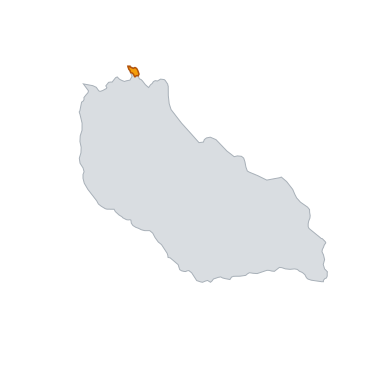 location of Sopron within Hungary, rotated 51°
{"feature_id": "HUN-4904", "entity_name": "Sopron", "entity_type": "Urban county", "adm_level": 1, "iso_a3": "HUN", "parent_name": "Hungary", "parent_adm1": "", "projection": "natural_earth1", "projection_center": [16.553, 47.692], "detail": "fine", "context": "in_parent", "style": "filled", "palette": "amber", "viewbox_px": 384, "rotation_deg": 51, "n_neighbors": 0, "source": "natural_earth", "source_scale": "10m", "svg_char_len": 3052}
<svg xmlns="http://www.w3.org/2000/svg" viewBox="0 0 384 384"><g transform="rotate(51 192 192)"><path d="M310.3,120.1L314.5,119.7L315.7,120.0L316.5,122.7L316.6,122.8L317.7,124.6L318.7,126.9L320.3,128.6L323.6,129.4L328.0,131.5L330.9,135.6L335.1,137.3L335.4,137.4L336.2,137.2L339.3,137.0L339.9,137.8L342.4,139.8L343.4,141.6L342.9,143.4L343.4,145.6L344.4,146.3L343.3,147.7L335.6,154.8L332.6,156.7L330.6,157.0L327.3,156.3L324.0,156.9L321.1,158.4L318.4,158.9L316.3,160.7L313.8,164.5L310.5,167.8L307.3,169.8L305.6,171.6L305.5,177.9L303.7,179.7L301.3,181.5L300.0,183.1L296.4,192.7L293.6,195.7L290.9,198.1L290.5,200.2L290.6,202.7L287.7,207.6L283.7,212.7L283.0,214.8L283.9,217.6L280.1,220.8L277.9,222.4L276.1,223.1L274.9,225.2L273.1,230.1L273.7,232.3L273.8,234.4L270.5,235.6L269.6,237.8L268.8,240.6L267.4,241.8L263.8,244.1L254.6,243.1L251.1,243.9L250.1,245.6L249.9,246.9L248.8,248.1L246.7,249.7L244.6,250.4L239.7,248.5L229.5,250.4L227.7,251.8L226.3,250.8L224.0,249.9L213.7,248.8L209.7,249.7L204.2,249.4L199.2,248.4L195.4,249.2L192.2,253.1L190.5,254.4L189.3,255.2L186.4,256.5L184.1,257.9L180.9,259.0L178.1,258.8L175.4,257.2L174.5,257.6L173.6,259.1L172.2,260.4L168.2,262.1L167.2,262.0L163.9,263.2L158.9,263.9L156.4,263.4L151.8,268.9L150.4,269.9L146.0,271.5L142.4,272.3L139.4,271.7L138.2,271.6L124.5,271.3L117.4,270.2L112.8,268.1L109.8,265.7L108.3,263.1L104.7,261.5L99.2,260.9L94.8,258.3L91.7,253.7L87.5,250.0L82.2,247.3L78.0,243.5L74.8,238.6L69.3,234.1L61.2,230.2L58.8,229.3L58.3,228.0L54.3,223.2L52.7,221.3L52.8,218.9L52.0,217.5L50.6,216.6L49.8,213.1L49.4,210.5L48.3,208.8L39.6,208.4L46.9,202.2L50.4,200.5L54.6,200.8L55.9,200.2L56.3,199.3L57.0,197.3L57.3,195.3L57.7,193.5L57.3,192.5L55.3,192.2L54.3,187.8L55.3,186.1L56.3,184.9L55.1,179.5L55.5,177.7L58.7,177.4L61.4,176.2L63.6,174.9L64.2,173.2L66.0,169.8L64.3,165.7L55.0,163.0L54.5,161.9L56.7,160.7L59.0,159.0L60.3,157.7L62.1,157.6L64.7,158.2L69.2,161.2L70.9,161.7L72.6,160.8L74.3,160.6L79.3,160.7L83.5,160.0L82.6,156.8L82.6,154.5L81.9,152.6L82.3,150.5L84.0,149.0L84.5,145.4L87.1,142.9L88.3,142.6L92.9,143.0L94.0,143.7L94.7,143.8L102.1,149.7L109.1,154.2L114.8,156.4L123.1,156.6L132.0,156.8L146.9,156.0L158.0,155.5L158.7,154.4L160.4,151.7L159.0,149.4L159.1,146.7L160.9,143.3L166.4,140.4L182.1,139.1L191.1,137.0L192.5,134.0L195.4,131.1L198.2,130.5L201.9,131.9L206.5,134.4L210.5,135.8L212.8,134.9L220.7,130.6L229.8,126.4L236.0,115.0L236.6,113.2L243.4,111.9L253.4,112.1L258.6,113.6L262.5,114.4L268.2,114.1L276.5,111.7L279.6,111.7L282.0,113.5L284.7,115.0L286.5,116.8L287.9,119.4L288.6,120.3L289.8,121.7L292.0,123.5L294.0,124.0L309.4,120.8L310.3,120.1Z" fill="#d9dde1" stroke="#a8b0b8" stroke-width="1"/><path d="M61.1,157.3L63.0,157.6L66.6,158.8L67.1,159.1L67.4,159.6L67.5,160.2L67.8,160.6L66.5,162.1L66.7,163.5L66.3,164.0L63.8,163.4L62.1,163.5L60.6,164.5L58.5,163.7L57.2,163.9L54.7,163.1L53.9,162.7L54.3,162.2L55.0,161.3L55.3,161.0L55.6,161.3L55.8,161.5L56.0,161.5L56.3,161.3L56.8,160.9L58.6,160.1L59.0,159.8L59.2,159.3L59.2,158.5L59.4,158.0L61.1,157.3Z" fill="#f59e0b" stroke="#b45309" stroke-width="1.5"/></g></svg>